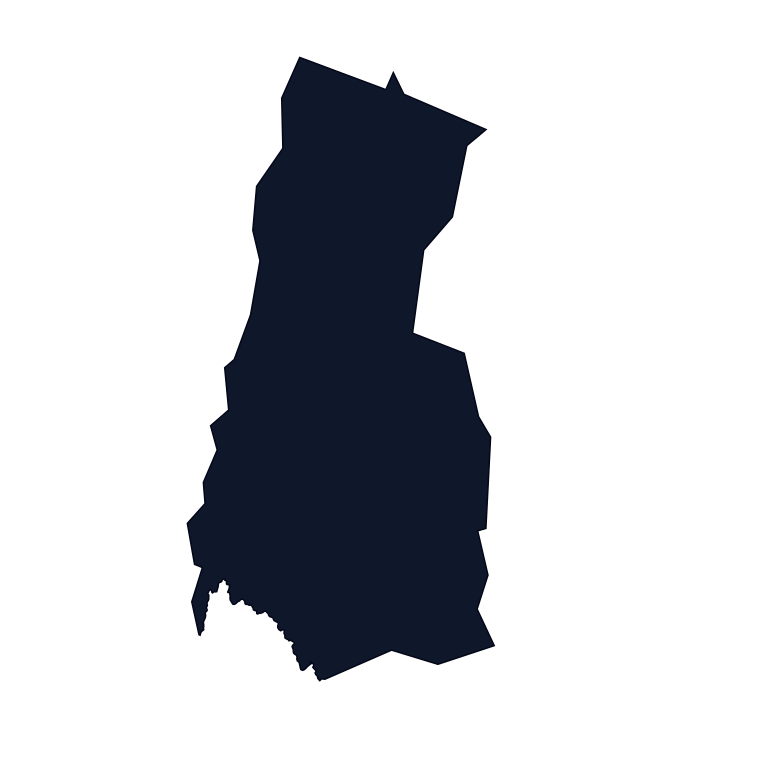 Maridi, Western Equatoria, South Sudan, rotated 15°
{"feature_id": "79223893B17245880032219", "entity_name": "Maridi", "entity_type": "district", "adm_level": 2, "iso_a3": "SSD", "parent_name": "South Sudan", "parent_adm1": "Western Equatoria", "projection": "equal_earth", "projection_center": [29.611, 5.135], "detail": "fine", "context": "isolated", "style": "filled", "palette": "ink", "viewbox_px": 768, "rotation_deg": 15, "n_neighbors": 0, "source": "geoboundaries", "source_scale": "gbopen_adm2", "svg_char_len": 2926}
<svg xmlns="http://www.w3.org/2000/svg" viewBox="0 0 768 768"><g transform="rotate(15 384 384)"><path d="M558.2,608.2L532.2,577.3L533.9,541.7L512.5,501.6L519.8,497.1L500.7,407.7L483.8,391.1L453.5,333.6L398.4,327.5L387.7,244.3L406.8,204.9L402.3,132.3L416.7,111.8L328.2,99.0L312.4,80.8L309.6,99.2L218.1,90.4L211.2,134.3L225.3,182.5L209.8,226.0L217.5,269.5L232.3,297.0L237.2,351.8L233.0,399.1L225.9,409.5L240.7,449.3L227.3,469.2L240.0,490.9L235.0,525.9L242.1,545.8L230.1,569.5L247.7,607.3L256.1,608.3L254.7,644.2L270.2,674.1L271.4,674.3L271.4,673.0L271.4,672.1L271.7,670.6L272.5,669.3L273.5,668.1L272.7,666.3L272.7,665.0L272.1,662.9L271.4,661.5L271.2,660.3L271.5,658.4L271.8,656.6L271.8,654.7L271.6,653.7L270.4,650.8L271.4,649.6L271.8,648.4L271.2,647.3L270.2,645.9L270.6,644.6L270.7,643.5L269.9,642.2L269.7,640.1L270.3,638.8L270.4,637.3L270.1,636.0L269.4,633.2L268.2,632.5L268.1,631.3L268.4,630.0L268.5,629.0L269.3,627.8L270.2,627.5L270.9,628.4L271.6,629.7L272.3,630.2L273.5,628.9L274.5,628.2L275.3,628.4L276.2,627.8L276.2,626.1L276.2,624.7L276.3,622.5L275.9,621.2L275.9,619.7L276.0,618.5L277.4,617.8L278.1,617.1L278.4,616.1L278.5,615.2L279.6,613.7L280.7,613.7L281.0,614.7L282.0,615.0L283.1,615.4L283.3,616.7L283.5,617.8L284.2,618.3L285.5,618.2L286.6,618.1L287.0,619.2L287.2,620.5L287.3,621.9L287.2,623.5L286.9,624.9L287.0,625.6L288.7,625.6L289.5,627.1L290.2,628.2L290.6,630.5L291.3,632.4L293.0,634.0L294.3,635.3L295.3,635.9L296.6,635.5L297.3,634.9L298.1,633.8L299.0,632.5L299.4,631.5L300.6,631.1L301.1,629.7L302.3,628.6L303.7,628.5L305.9,630.1L306.0,630.7L306.6,632.1L307.8,632.7L309.1,632.0L310.1,632.5L311.4,632.5L312.8,632.0L313.6,632.4L314.9,633.8L315.8,634.7L316.2,635.9L317.7,636.3L318.9,636.2L320.1,636.7L320.2,637.8L320.5,638.7L321.6,638.8L322.8,637.7L324.3,637.4L324.9,636.8L326.0,636.2L326.8,635.0L327.7,634.2L328.8,634.2L330.2,635.1L331.8,636.0L332.3,637.1L333.5,638.2L334.8,638.3L336.1,638.4L337.1,638.5L337.9,639.6L338.9,640.9L340.7,641.4L342.5,641.7L343.9,642.4L344.0,643.6L344.0,644.7L344.2,646.3L345.0,647.5L346.0,648.4L347.9,649.1L348.8,648.6L349.6,647.5L350.6,647.5L351.5,648.0L351.8,650.1L352.2,651.2L353.2,651.9L353.6,653.6L354.1,654.9L355.8,655.5L357.5,655.7L358.7,656.7L360.0,655.8L360.9,655.8L362.4,656.4L364.0,656.7L364.6,657.5L364.2,658.6L363.5,659.8L363.1,661.0L363.7,662.3L364.6,663.2L365.3,664.6L365.7,666.2L366.5,667.5L368.0,668.2L369.2,668.5L370.1,669.1L370.9,671.1L370.9,672.1L371.9,673.9L373.5,674.5L374.0,674.9L374.8,676.2L376.0,678.6L376.7,679.9L377.5,681.3L379.4,681.7L380.6,680.9L381.8,679.4L382.7,677.7L383.3,676.4L383.7,676.1L384.5,674.8L385.7,673.5L384.7,671.9L385.7,671.6L386.4,672.4L387.5,672.5L388.6,673.0L389.0,674.5L388.5,676.0L389.6,676.8L390.9,677.6L392.4,678.4L392.7,679.4L392.2,680.9L393.3,682.3L395.4,683.6L395.7,684.4L396.2,685.4L397.3,686.3L398.7,687.2L400.2,684.9L403.3,684.5L460.2,639.1L508.6,640.8L558.2,608.2Z" fill="#0f172a" stroke="#020617" stroke-width="1.5"/></g></svg>